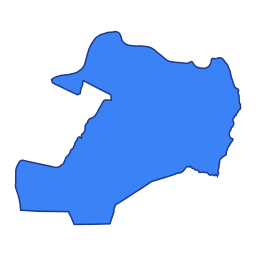 Zondoma, Zondoma, Burkina Faso
{"feature_id": "67063806B77925181323544", "entity_name": "Zondoma", "entity_type": "district", "adm_level": 2, "iso_a3": "BFA", "parent_name": "Burkina Faso", "parent_adm1": "Zondoma", "projection": "natural_earth1", "projection_center": [-2.323, 13.202], "detail": "fine", "context": "isolated", "style": "filled", "palette": "blue", "viewbox_px": 256, "rotation_deg": 0, "n_neighbors": 0, "source": "geoboundaries", "source_scale": "gbopen_adm2", "svg_char_len": 4576}
<svg xmlns="http://www.w3.org/2000/svg" viewBox="0 0 256 256"><path d="M217.1,175.8L217.3,176.2L218.5,173.5L218.5,173.1L218.4,172.2L218.1,171.6L218.0,170.7L218.0,170.1L218.4,169.3L218.9,167.6L219.0,165.3L219.2,163.9L219.5,163.0L219.6,160.7L219.8,160.1L220.2,159.4L221.5,158.0L222.1,157.4L222.7,156.9L226.0,154.9L226.3,154.2L226.3,152.2L226.4,151.4L227.3,149.7L227.6,148.0L228.2,146.9L228.7,146.3L229.5,145.6L230.0,144.2L230.7,143.1L231.3,142.4L232.7,140.3L232.9,139.6L232.8,138.9L231.8,138.6L230.8,138.0L230.4,137.6L230.0,137.0L229.4,135.7L229.2,135.1L229.3,133.1L229.7,131.9L230.9,129.5L231.3,127.8L232.3,127.0L233.0,126.1L233.7,124.2L233.8,123.0L233.6,122.2L232.8,120.6L232.7,119.7L232.9,119.2L233.1,118.7L234.3,117.2L234.6,116.4L235.2,115.7L236.2,115.3L236.1,114.8L236.2,114.3L237.6,112.4L239.4,109.4L239.8,109.3L240.3,108.9L240.6,108.3L240.6,106.9L240.3,105.3L240.4,104.8L240.5,104.3L239.6,103.5L239.4,102.9L239.3,100.4L239.0,98.6L239.1,96.9L239.0,96.0L239.0,95.6L238.6,94.5L238.0,92.9L238.0,91.9L238.4,91.6L238.6,90.6L238.4,89.8L237.9,89.2L237.3,88.7L236.3,88.3L235.9,88.0L235.3,87.4L234.9,86.9L234.6,86.5L234.1,85.5L233.3,83.0L231.2,76.6L230.2,71.8L229.7,70.2L228.7,67.7L228.3,67.1L228.1,66.2L228.0,65.8L227.6,65.3L227.2,64.5L226.3,63.4L225.7,62.7L225.2,62.2L224.9,62.0L224.6,61.6L224.7,61.2L223.9,60.4L223.2,59.6L222.6,58.9L221.8,58.3L221.3,58.1L220.5,57.9L219.7,57.8L218.6,57.8L217.8,58.1L217.2,58.4L216.3,58.5L215.7,58.6L214.3,58.6L213.2,58.4L212.3,58.5L211.8,58.9L211.6,59.3L211.4,59.7L211.2,60.4L211.2,61.0L211.2,61.8L211.1,62.5L210.8,63.2L210.6,63.8L209.8,64.8L209.4,65.5L208.8,66.2L207.9,67.0L207.0,67.5L205.8,68.0L204.0,68.4L200.1,67.9L197.3,67.3L195.4,66.1L194.3,65.2L193.7,64.2L193.4,63.5L192.9,62.7L192.4,62.1L191.8,61.7L191.4,61.6L190.9,61.8L190.3,62.0L189.5,62.5L188.4,63.0L187.0,63.4L182.5,62.9L174.7,62.2L170.5,61.6L167.8,60.8L166.6,60.0L164.7,58.5L161.5,55.7L159.9,54.5L156.6,51.9L153.9,49.5L152.3,48.5L150.2,47.4L148.1,46.8L144.2,46.3L139.6,45.9L136.7,46.1L131.8,45.7L129.0,45.3L127.2,44.7L124.6,43.3L123.3,42.2L122.4,40.9L121.6,39.3L121.0,36.7L120.1,34.4L119.5,33.4L118.9,32.9L118.1,32.4L117.0,31.9L115.8,31.6L114.8,31.6L113.3,32.0L110.6,32.3L108.8,32.3L106.5,32.8L104.2,33.6L100.2,34.8L97.5,36.7L96.1,37.6L94.7,39.2L93.1,41.4L91.7,43.6L90.3,46.1L89.1,48.7L87.4,54.3L86.8,56.4L86.4,57.9L85.7,60.4L85.3,62.1L84.6,64.3L83.7,66.3L82.5,68.0L81.4,69.2L79.8,70.3L78.1,71.7L75.9,72.8L72.6,73.7L67.3,74.9L64.2,75.0L62.4,75.3L60.5,75.5L58.7,76.1L56.3,76.8L54.4,77.7L51.5,79.5L51.8,80.6L52.1,81.6L52.4,82.4L53.0,83.1L61.0,86.9L70.9,91.7L76.9,94.4L77.1,94.7L78.2,94.5L80.2,93.5L80.7,90.0L81.0,88.8L81.3,88.0L81.9,86.5L82.5,85.0L82.8,83.2L82.7,81.7L83.0,81.1L83.0,80.8L83.6,80.7L84.0,81.0L84.7,81.3L85.5,81.7L97.9,88.2L105.7,92.2L109.9,94.2L110.4,94.6L110.7,95.2L111.0,96.8L111.3,99.3L111.4,100.2L106.5,100.0L105.3,100.0L104.5,100.2L103.8,100.7L103.2,101.6L102.4,102.9L100.4,106.7L98.8,109.3L97.4,112.1L96.4,113.8L95.4,115.3L94.1,116.8L92.7,117.5L91.0,118.3L89.6,118.8L88.6,119.9L87.8,121.2L87.6,122.5L86.5,123.5L85.3,125.6L85.1,126.5L85.1,128.3L85.0,129.4L84.5,131.3L84.0,132.3L82.3,133.9L81.7,134.7L81.4,135.6L81.4,138.1L80.9,137.9L79.2,136.9L79.0,137.1L78.0,137.6L77.3,138.8L76.8,140.3L75.8,141.7L75.0,142.8L74.8,144.4L73.9,146.4L73.5,147.2L73.3,147.8L72.7,148.6L71.3,149.5L70.5,150.8L70.1,152.1L69.3,154.1L68.5,154.9L67.3,156.0L66.4,157.0L65.9,157.7L65.8,158.0L64.9,160.3L64.6,160.8L63.5,163.5L62.9,164.1L61.3,165.1L59.6,166.6L57.6,167.2L55.7,167.4L53.9,167.2L52.1,166.6L47.8,165.7L42.0,164.5L27.2,161.3L22.4,160.2L21.7,160.4L20.8,160.6L19.9,161.2L18.7,163.0L17.4,165.3L16.3,168.2L15.8,170.4L15.8,173.0L15.7,177.6L15.7,183.0L15.4,185.2L15.6,187.3L16.7,190.7L17.9,194.3L19.0,198.2L20.0,203.4L20.4,207.6L20.6,210.2L38.3,211.3L68.3,211.6L71.4,217.6L74.1,224.4L92.2,224.3L109.9,223.8L111.9,217.8L114.1,211.1L113.6,210.2L113.8,209.7L115.4,205.0L125.2,198.8L134.6,192.6L142.4,187.7L151.6,181.5L154.7,180.6L174.0,174.6L176.5,173.5L178.4,173.1L179.6,172.9L180.7,172.7L182.0,172.0L183.7,170.5L186.1,167.5L186.8,166.9L187.8,166.4L188.4,166.7L188.9,166.9L189.2,167.0L189.7,167.1L190.0,167.0L190.5,166.2L191.1,166.6L191.7,167.2L192.2,168.4L193.4,168.5L193.9,168.5L194.5,169.1L195.0,169.9L197.4,170.0L197.7,170.3L198.1,170.5L198.4,170.8L198.6,171.2L198.8,171.9L199.3,172.3L199.9,172.5L203.5,172.0L205.0,172.6L206.7,172.5L207.4,172.7L208.5,174.2L209.0,174.7L209.7,175.0L211.3,175.1L212.1,174.8L212.4,174.7L213.2,174.9L214.1,175.6L214.5,175.7L214.9,175.6L215.1,175.0L215.4,174.6L215.9,174.4L216.4,174.8L217.1,175.8Z" fill="#3b82f6" stroke="#1e3a8a" stroke-width="1.5"/></svg>